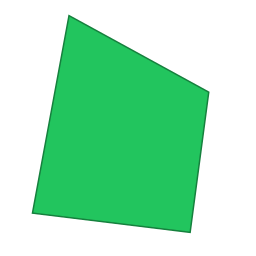 the Town of Jwaneng, rotated 10°
{"feature_id": "BWA-5506", "entity_name": "Jwaneng", "entity_type": "Town", "adm_level": 1, "iso_a3": "BWA", "parent_name": "Botswana", "parent_adm1": "", "projection": "robinson", "projection_center": [24.71, -24.561], "detail": "fine", "context": "isolated", "style": "filled", "palette": "green", "viewbox_px": 256, "rotation_deg": 10, "n_neighbors": 0, "source": "natural_earth", "source_scale": "10m", "svg_char_len": 224}
<svg xmlns="http://www.w3.org/2000/svg" viewBox="0 0 256 256"><g transform="rotate(10 128 128)"><path d="M50.4,27.6L201.3,78.7L207.3,220.0L48.7,228.4L50.4,27.6Z" fill="#22c55e" stroke="#15803d" stroke-width="1.5"/></g></svg>